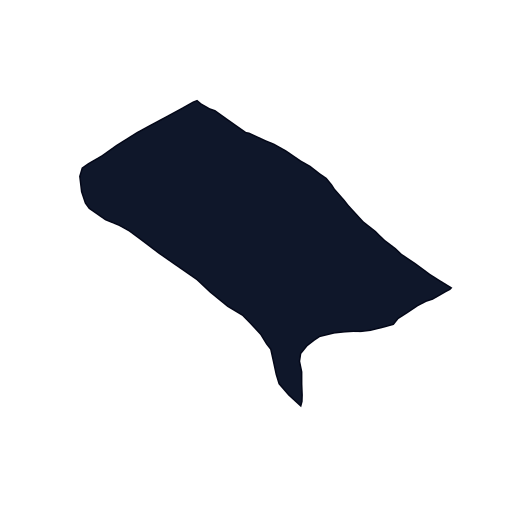 outline of Forpoh, Grand Kru, Liberia, rotated 291°
{"feature_id": "62588387B83711466952292", "entity_name": "Forpoh", "entity_type": "district", "adm_level": 2, "iso_a3": "LBR", "parent_name": "Liberia", "parent_adm1": "Grand Kru", "projection": "equal_earth", "projection_center": [-8.241, 5.11], "detail": "fine", "context": "isolated", "style": "filled", "palette": "ink", "viewbox_px": 512, "rotation_deg": 291, "n_neighbors": 0, "source": "geoboundaries", "source_scale": "gbopen_adm2", "svg_char_len": 1279}
<svg xmlns="http://www.w3.org/2000/svg" viewBox="0 0 512 512"><g transform="rotate(291 256 256)"><path d="M132.1,351.5L136.7,351.0L142.7,348.9L152.7,344.6L164.1,340.2L173.3,334.3L181.0,332.6L185.2,334.0L190.5,335.7L198.3,340.4L203.7,344.2L207.7,350.0L212.2,356.5L216.8,365.5L217.5,367.0L220.6,373.8L223.2,380.9L227.6,389.3L236.1,401.5L241.5,408.7L248.5,410.9L257.6,417.6L267.6,424.6L274.7,430.9L279.0,436.2L290.8,445.8L294.3,448.9L296.2,449.7L298.9,435.2L301.0,424.8L305.7,407.9L309.6,390.9L312.7,383.6L316.5,370.5L319.7,362.8L321.6,358.7L324.8,348.3L326.2,343.8L328.9,338.3L336.2,323.7L339.3,318.6L346.4,305.1L349.3,301.2L353.6,293.7L355.5,285.7L359.0,274.3L360.6,263.5L363.1,253.1L364.7,246.4L366.7,232.7L366.9,223.1L367.6,212.8L368.1,205.4L367.5,202.3L373.2,179.7L376.9,165.6L376.7,159.7L378.2,150.1L379.9,145.3L377.2,142.3L365.9,132.9L359.6,127.5L358.3,126.4L339.8,110.4L328.8,101.0L309.1,86.2L294.3,76.4L282.2,66.6L275.8,62.3L267.2,63.0L253.5,70.2L244.3,77.8L240.7,83.3L236.0,102.5L235.7,117.1L234.1,128.6L230.3,142.3L223.9,164.4L218.8,185.1L212.9,209.3L205.9,226.4L198.9,247.7L195.9,264.8L191.3,274.9L184.5,288.7L183.4,290.1L177.8,297.4L174.3,303.2L164.0,310.0L152.8,317.3L145.0,323.4L138.0,336.5L132.1,351.5Z" fill="#0f172a" stroke="#020617" stroke-width="1.5"/></g></svg>